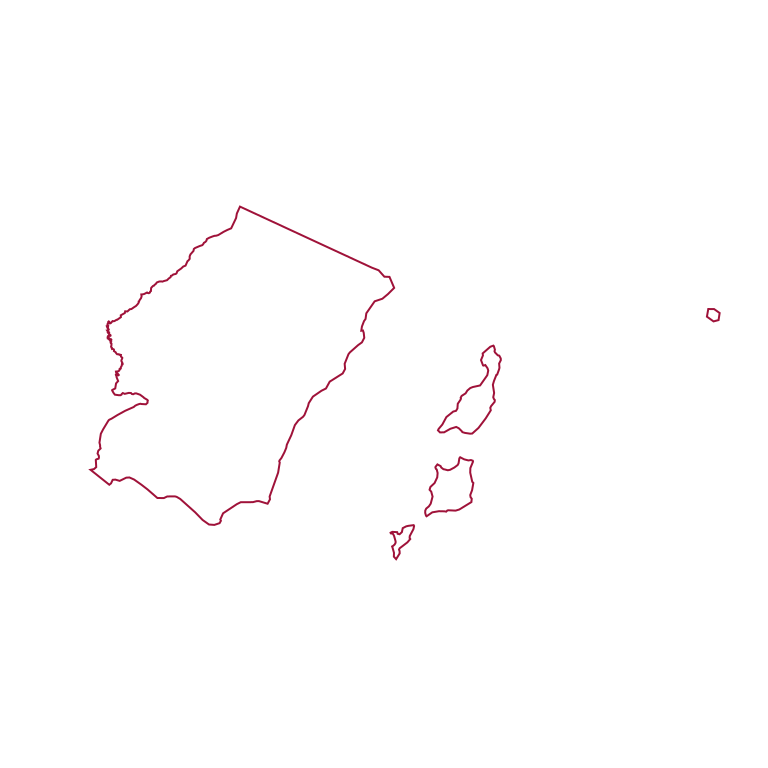 Santa Barbara, California, United States of America (Equal Earth projection), rotated 295°
{"feature_id": "52423323B51130837096991", "entity_name": "Santa Barbara", "entity_type": "district", "adm_level": 2, "iso_a3": "USA", "parent_name": "United States of America", "parent_adm1": "California", "projection": "equal_earth", "projection_center": [-120.082, 34.285], "detail": "fine", "context": "isolated", "style": "outline", "palette": "rose", "viewbox_px": 768, "rotation_deg": 295, "n_neighbors": 0, "source": "geoboundaries", "source_scale": "gbopen_adm2", "svg_char_len": 6158}
<svg xmlns="http://www.w3.org/2000/svg" viewBox="0 0 768 768"><g transform="rotate(295 384 384)"><path d="M182.2,154.3L176.6,177.6L178.6,178.6L182.5,178.6L183.8,180.9L184.5,185.4L190.2,190.0L191.7,192.8L191.8,197.9L190.2,206.7L188.5,214.3L184.9,226.8L187.6,232.7L190.5,235.1L193.8,242.1L194.1,243.8L193.7,247.9L187.9,267.1L184.1,277.1L182.7,284.8L184.6,289.8L188.4,293.8L191.1,294.0L192.0,292.9L198.8,292.8L212.9,301.4L216.3,304.1L221.5,315.1L224.0,318.1L225.0,320.1L226.3,329.1L231.3,329.4L233.7,327.9L258.9,325.5L268.8,322.7L269.5,321.8L270.5,321.6L273.5,322.3L279.9,322.6L284.8,322.4L287.9,321.6L298.5,321.6L309.1,320.6L314.8,321.8L320.1,324.5L322.3,325.0L331.8,324.5L334.8,323.9L342.5,324.9L351.5,330.2L355.4,333.3L363.2,333.8L376.1,342.1L381.2,342.4L385.7,339.8L396.0,339.2L398.2,339.7L408.3,344.1L412.4,346.4L417.5,346.6L421.8,344.0L423.6,342.3L422.7,340.9L426.8,339.7L432.6,339.3L435.1,339.8L440.6,338.1L455.0,340.6L460.6,346.5L467.2,349.6L475.4,352.6L483.4,343.7L481.4,339.0L484.8,331.1L484.3,323.8L483.9,178.5L476.3,178.6L471.9,179.8L460.5,179.7L457.4,176.9L454.1,174.3L448.9,170.8L447.4,169.1L446.7,167.8L445.2,166.2L442.7,163.8L440.5,162.2L438.8,162.5L437.3,162.1L435.8,161.1L434.8,161.1L433.1,160.7L431.1,158.6L427.4,155.3L426.0,154.6L424.1,155.1L419.7,153.8L417.6,153.9L415.3,155.0L413.2,154.5L412.3,154.0L407.4,154.1L405.6,152.4L403.0,151.4L398.8,149.0L396.6,149.2L395.7,148.7L394.2,146.7L392.8,146.1L392.0,145.2L390.6,145.4L388.6,144.3L386.4,143.5L384.1,140.8L383.2,140.0L382.8,138.7L381.9,137.0L380.0,135.2L378.3,134.9L376.8,134.1L376.0,134.0L375.2,133.2L373.2,132.5L372.5,132.4L369.7,133.5L368.9,133.0L368.0,133.2L366.9,132.5L366.6,131.2L366.8,130.7L366.4,130.2L365.7,129.8L364.0,128.4L363.2,127.3L362.6,126.2L360.9,127.3L360.1,127.4L358.9,127.5L357.2,127.1L355.5,127.1L355.1,126.8L354.2,127.3L352.2,127.0L349.8,126.2L348.3,125.2L345.2,123.4L344.3,122.0L341.3,120.8L340.5,118.7L338.8,119.1L335.0,116.4L333.4,117.3L329.4,115.0L329.2,114.5L327.1,113.1L326.4,112.0L326.3,111.4L323.8,110.7L323.3,110.3L323.0,109.7L323.6,109.4L324.3,108.7L324.4,108.1L323.6,107.8L322.8,108.2L321.4,108.1L320.7,108.4L320.4,108.8L320.3,109.4L319.9,109.5L319.6,109.1L319.6,108.6L319.3,108.3L318.8,108.8L318.9,109.3L318.8,109.9L318.4,110.0L317.9,109.8L317.5,110.4L317.6,110.7L317.1,111.5L316.4,111.5L315.8,111.0L315.5,110.5L315.2,111.0L314.8,111.4L314.6,112.1L314.8,112.4L314.6,113.1L314.1,113.4L313.7,113.2L313.5,112.8L312.7,114.4L312.8,115.1L312.6,115.6L312.1,115.7L311.8,115.4L312.0,114.3L311.6,114.1L311.4,114.2L310.8,113.6L310.4,113.6L310.1,114.3L309.7,114.5L309.0,114.0L308.5,114.4L308.7,115.1L309.1,115.6L308.2,116.0L308.1,116.4L308.1,116.8L308.6,117.0L308.8,116.9L309.2,117.3L309.2,117.8L308.8,118.3L308.2,118.2L307.3,117.8L307.0,118.3L307.1,118.6L307.0,118.8L306.2,118.6L305.6,119.1L305.6,119.6L305.5,119.9L303.9,120.6L302.4,120.9L301.7,122.3L301.2,122.6L301.1,122.4L300.8,122.7L301.1,123.0L301.2,124.4L300.8,124.9L299.7,125.3L299.4,127.3L298.7,128.3L298.2,129.5L298.6,130.7L298.9,131.0L298.9,131.4L298.7,131.5L298.6,131.9L298.8,132.2L299.0,132.4L299.2,133.3L298.5,133.5L297.7,134.0L297.2,135.7L296.7,135.9L294.4,136.0L293.5,136.6L293.0,137.5L291.9,137.9L291.9,138.2L292.0,138.5L291.3,138.8L290.5,138.3L289.5,138.6L287.8,138.4L286.8,138.9L286.3,138.7L286.4,138.4L285.9,138.0L284.5,138.4L283.8,138.2L283.1,137.6L282.0,135.8L281.3,136.3L281.1,137.0L280.9,138.2L280.1,139.8L279.6,139.6L279.3,138.9L279.2,137.7L279.4,137.3L279.3,137.0L279.1,137.0L278.7,137.4L278.4,137.9L277.0,138.9L274.3,141.8L271.3,140.9L266.4,142.3L263.7,140.2L263.3,140.3L261.7,142.5L260.6,144.6L261.8,148.5L262.5,150.0L263.5,150.6L264.0,150.5L265.4,151.1L265.5,153.2L268.1,156.5L268.9,158.5L268.4,159.7L268.7,161.0L270.2,162.2L270.8,163.5L271.2,167.4L270.3,171.8L270.0,172.4L269.6,176.3L269.1,177.0L268.5,177.0L267.0,177.6L265.0,176.8L263.3,172.5L263.2,171.7L262.5,170.7L260.7,168.9L259.2,167.7L257.4,166.9L250.4,160.8L243.3,155.6L237.4,151.7L235.6,150.2L234.8,149.8L233.5,149.6L224.2,148.6L219.2,148.4L210.6,150.9L208.5,152.6L207.3,153.1L205.8,154.4L203.0,153.3L202.5,153.3L199.9,153.8L198.3,156.0L196.7,156.8L195.7,156.9L194.2,155.2L193.4,154.9L188.2,157.7L187.0,158.3L184.3,157.1L182.2,154.3ZM364.8,452.5L363.8,455.2L365.6,458.9L371.5,463.1L375.6,467.6L375.5,470.5L374.1,474.4L373.5,475.4L373.9,478.1L375.4,483.1L376.4,484.9L384.1,488.2L395.8,490.7L405.3,491.9L407.3,490.4L409.2,490.4L414.6,491.8L416.3,491.2L416.9,489.9L418.2,488.6L422.4,487.6L429.3,483.0L433.1,482.4L439.8,482.0L440.3,482.6L445.9,482.1L447.5,481.8L451.2,479.7L455.0,479.8L456.5,479.0L458.4,476.5L458.1,475.0L459.5,471.3L460.4,470.3L462.0,470.0L464.7,467.6L465.0,466.9L462.7,464.6L453.4,460.5L451.7,461.6L446.7,461.8L442.7,465.9L442.8,466.6L444.0,467.8L442.0,471.2L440.2,472.8L435.6,473.9L423.3,471.7L418.8,465.8L416.8,463.9L413.3,462.3L410.0,461.9L406.0,459.4L403.9,459.3L403.3,459.9L402.1,460.0L397.3,459.2L392.8,460.9L390.1,460.6L388.3,458.4L380.4,454.5L371.9,454.0L366.4,452.5L364.8,452.5ZM282.4,477.7L282.1,478.5L288.1,482.0L291.9,487.5L294.2,492.7L294.6,494.3L296.2,494.9L296.8,495.8L299.5,502.4L302.1,505.3L313.9,513.1L317.1,512.0L318.0,510.3L319.8,509.1L325.0,508.7L332.1,506.8L332.3,506.4L332.4,505.8L332.8,505.2L340.1,499.6L344.3,497.8L351.2,497.5L352.0,496.9L351.8,494.9L350.4,492.8L349.6,488.5L349.8,484.0L348.5,483.7L343.6,485.1L341.7,485.0L338.1,483.1L334.2,480.2L332.8,478.3L332.2,475.0L331.9,473.9L332.5,471.2L333.5,470.0L333.7,466.4L330.7,465.7L330.0,465.9L329.0,467.0L328.8,467.9L326.0,470.2L321.9,471.7L315.6,471.7L310.4,469.6L309.3,469.7L307.4,470.0L306.4,472.3L302.5,475.6L295.3,476.9L292.1,476.4L288.9,474.9L286.7,474.9L284.6,475.8L282.4,477.7ZM231.7,465.9L230.4,469.0L237.1,469.8L239.2,468.7L240.2,467.6L241.7,467.6L250.3,472.1L254.6,473.3L255.2,472.3L257.1,471.6L264.9,472.0L268.0,471.3L268.6,470.5L265.8,466.1L264.4,464.3L261.3,461.9L257.3,462.8L254.4,461.6L254.0,459.7L255.3,458.6L253.5,454.0L252.0,452.8L251.5,453.3L251.9,454.6L251.9,455.7L250.5,457.4L246.3,461.0L245.0,461.6L243.1,461.5L241.2,460.7L240.2,460.0L239.3,460.9L235.2,464.4L231.7,465.9ZM581.5,648.2L580.0,656.2L583.3,660.2L590.2,658.2L591.4,651.5L589.0,646.2L581.5,648.2Z" fill="none" stroke="#9f1239" stroke-width="2"/></g></svg>